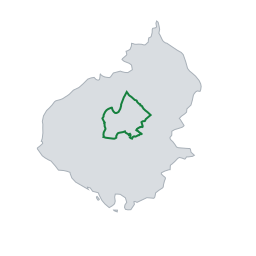 Kâmpóng Thum highlighted on a map of Cambodia, rotated 326°
{"feature_id": "KHM-1788", "entity_name": "Kâmpóng Thum", "entity_type": "Province", "adm_level": 1, "iso_a3": "KHM", "parent_name": "Cambodia", "parent_adm1": "", "projection": "albers", "projection_center": [105.072, 12.831], "detail": "fine", "context": "in_parent", "style": "outline", "palette": "green", "viewbox_px": 256, "rotation_deg": 326, "n_neighbors": 0, "source": "natural_earth", "source_scale": "10m", "svg_char_len": 5291}
<svg xmlns="http://www.w3.org/2000/svg" viewBox="0 0 256 256"><g transform="rotate(326 128 128)"><path d="M211.6,55.3L212.1,57.2L210.8,60.7L209.4,63.9L206.6,66.7L206.5,68.8L205.6,74.9L206.0,76.8L206.7,78.5L207.6,79.4L210.0,85.4L212.2,90.8L214.4,95.2L214.8,98.1L212.9,105.3L210.7,111.9L210.9,115.2L211.9,118.5L213.0,122.8L213.5,128.4L212.9,132.1L211.9,134.4L209.9,136.7L208.2,137.9L206.1,136.0L204.4,135.9L202.2,136.5L200.5,137.4L196.9,140.9L193.0,144.2L187.5,145.1L185.4,147.6L183.1,148.0L178.8,148.1L175.9,148.7L176.1,149.9L175.9,155.8L175.9,157.2L175.5,157.5L173.5,157.7L170.2,156.8L165.7,155.4L162.5,155.2L160.8,157.7L159.9,158.7L158.6,158.9L157.4,159.4L156.9,160.5L156.9,161.9L157.5,164.4L157.7,168.2L157.6,170.9L158.7,172.5L165.7,178.1L167.7,179.5L167.9,180.4L166.7,183.4L167.8,187.7L165.7,187.6L162.1,185.8L160.3,184.7L158.2,185.6L157.5,185.4L156.1,183.3L154.2,181.2L152.3,181.0L148.3,181.9L144.2,182.5L142.7,182.5L142.0,182.9L139.6,186.1L138.6,185.5L134.5,184.3L130.7,183.8L129.9,184.7L130.4,187.3L131.2,189.8L130.7,190.9L128.6,192.3L125.9,194.7L124.2,196.6L123.0,197.0L118.9,196.9L114.7,197.2L113.0,198.9L111.5,200.3L110.1,200.7L104.7,196.3L93.9,194.7L92.7,192.8L91.7,192.4L90.6,194.9L84.7,197.3L82.2,195.8L80.4,194.0L80.7,191.9L82.4,190.1L85.4,188.9L86.8,184.4L84.5,178.7L82.6,177.1L80.5,175.7L78.3,177.8L76.5,181.5L74.5,183.3L71.8,183.7L67.9,183.5L66.4,178.1L65.9,173.5L66.5,168.2L67.1,165.0L63.3,160.7L63.2,156.6L61.3,154.4L60.8,155.5L60.8,156.7L60.3,155.8L54.4,143.7L53.5,138.1L54.5,133.8L55.1,132.3L53.4,130.0L51.0,127.4L46.8,124.0L46.5,118.7L45.7,112.3L44.4,110.2L42.5,106.3L41.4,103.1L41.2,94.6L41.7,93.9L44.8,93.7L48.6,93.1L49.3,91.7L48.6,90.6L51.1,88.7L54.7,84.5L57.5,80.1L59.5,77.3L60.7,74.6L64.7,70.7L70.3,68.0L74.0,67.4L77.9,66.5L81.6,65.2L83.4,65.1L88.0,66.7L90.5,67.2L93.2,67.2L95.9,67.3L98.3,67.2L103.9,66.1L110.0,67.0L115.3,66.3L122.0,65.0L125.3,65.8L128.2,67.1L128.6,69.7L129.3,70.9L130.3,71.8L131.6,71.8L133.3,70.0L134.8,68.1L135.2,67.8L135.3,68.7L136.0,70.7L137.3,72.7L138.6,74.0L140.7,75.8L142.1,75.9L146.6,74.2L153.5,76.6L154.3,77.8L156.5,80.2L158.9,82.0L164.2,82.1L166.1,77.8L165.2,75.1L162.1,70.6L161.3,67.9L162.2,67.4L167.4,66.8L168.2,66.3L169.3,63.3L170.7,63.7L173.6,64.0L176.6,62.0L178.3,59.8L179.3,60.8L180.4,62.3L181.6,63.2L183.7,64.4L186.1,66.2L187.6,68.0L188.8,68.7L191.9,68.2L192.7,68.2L194.4,66.1L195.7,64.9L196.7,65.2L198.3,65.2L201.4,62.4L203.2,59.9L204.2,59.2L207.1,60.4L208.2,60.1L209.8,56.7L211.6,55.3ZM64.4,171.0L63.8,171.3L63.2,171.3L62.7,170.8L62.8,168.8L63.2,167.6L64.1,167.4L64.4,171.0ZM73.3,190.2L72.1,191.5L70.2,188.7L70.2,188.0L73.3,190.2Z" fill="#d9dde1" stroke="#a8b0b8" stroke-width="1"/><path d="M109.6,128.4L104.2,123.7L102.6,121.7L103.4,121.2L103.7,120.1L103.9,119.8L105.3,118.2L105.7,117.9L106.5,117.5L107.0,117.2L108.0,116.7L108.5,116.3L108.8,116.2L109.2,115.3L109.6,113.5L110.8,111.6L110.8,111.4L110.9,110.8L110.9,110.6L111.0,110.5L111.4,110.6L111.7,110.6L111.8,110.5L111.8,110.3L111.7,109.5L112.0,106.5L112.2,106.0L112.2,105.7L112.4,105.6L112.5,105.5L113.7,105.1L114.0,104.9L114.4,104.6L114.6,104.3L114.9,103.7L118.0,101.9L119.2,101.5L120.2,101.2L122.3,101.2L125.4,101.8L125.7,101.9L126.0,102.1L126.0,102.4L125.9,102.6L125.6,103.3L125.4,103.9L125.2,105.5L125.3,106.8L125.5,107.5L125.7,108.2L125.9,108.4L126.1,108.6L126.4,108.9L127.2,109.2L129.1,109.4L132.3,107.8L134.6,105.8L134.9,105.5L135.3,104.8L135.4,104.7L141.9,100.1L142.7,99.8L147.1,97.4L147.2,100.0L147.1,100.8L147.3,101.9L148.2,104.1L149.3,108.6L149.8,109.1L150.1,109.5L150.4,109.9L150.5,110.2L150.5,110.4L150.4,110.6L150.2,111.2L150.2,111.4L150.2,111.7L150.6,114.0L150.9,114.4L151.0,114.5L151.3,114.9L151.4,115.0L151.4,115.3L151.3,115.5L151.1,115.8L150.9,116.2L151.0,116.3L151.4,116.8L151.6,117.1L151.8,117.6L151.9,117.8L151.9,118.0L151.9,118.3L151.8,118.5L151.7,118.6L151.6,119.0L151.7,120.1L151.6,120.7L152.0,122.1L152.1,122.9L153.1,125.9L154.0,129.9L147.7,130.6L147.1,130.9L146.6,131.3L146.3,131.5L146.0,131.6L145.8,131.6L145.5,131.5L145.0,131.2L144.6,131.0L144.5,130.9L144.3,130.8L144.0,130.7L143.5,130.6L142.4,130.7L141.3,134.5L141.0,134.9L140.9,135.0L140.7,135.2L140.3,135.2L140.2,135.1L140.1,134.9L139.9,134.7L139.7,134.4L139.3,134.3L138.9,134.3L138.8,134.2L138.7,134.2L138.3,133.9L138.2,133.9L137.0,133.9L136.7,133.8L136.3,133.8L136.0,133.8L135.8,133.8L135.5,133.9L135.0,133.8L134.9,133.8L134.7,133.9L134.2,134.3L133.8,134.5L133.7,134.5L133.8,135.0L134.6,136.2L134.6,136.3L134.7,136.5L134.7,137.2L135.8,139.8L135.9,140.0L136.0,140.3L135.9,140.4L135.9,140.5L135.5,140.5L134.7,139.9L133.8,140.0L133.5,140.0L133.3,140.1L133.1,140.1L132.9,140.1L132.5,139.7L132.4,139.7L130.2,139.5L129.2,139.2L128.5,138.5L128.5,138.4L128.4,138.3L128.2,138.3L126.9,138.2L126.7,138.3L126.3,138.5L125.5,139.1L125.0,138.6L124.5,137.8L124.5,137.6L124.3,136.9L124.9,136.7L125.8,135.7L126.0,135.4L126.2,135.1L126.4,134.7L126.4,134.4L126.3,134.0L126.3,133.9L126.2,133.9L125.7,133.8L124.9,134.3L124.7,134.3L124.8,133.6L124.8,133.3L124.7,133.1L124.0,131.8L123.8,131.3L123.5,130.8L123.4,130.5L123.4,130.2L123.6,129.1L121.6,128.6L118.2,127.1L117.0,126.7L116.8,126.8L116.1,126.9L115.5,127.1L115.1,127.4L114.5,127.7L113.9,128.0L113.7,128.2L113.6,128.3L113.5,128.5L113.4,128.8L112.8,129.5L111.5,129.4L110.9,129.3L110.5,129.1L109.6,128.4Z" fill="none" stroke="#15803d" stroke-width="2"/></g></svg>